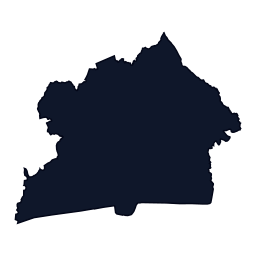 outline of Wa East, Upper West, Ghana
{"feature_id": "2480657B52594370214383", "entity_name": "Wa East", "entity_type": "district", "adm_level": 2, "iso_a3": "GHA", "parent_name": "Ghana", "parent_adm1": "Upper West", "projection": "natural_earth1", "projection_center": [-2.09, 10.084], "detail": "fine", "context": "isolated", "style": "filled", "palette": "ink", "viewbox_px": 256, "rotation_deg": 0, "n_neighbors": 0, "source": "geoboundaries", "source_scale": "gbopen_adm2", "svg_char_len": 5696}
<svg xmlns="http://www.w3.org/2000/svg" viewBox="0 0 256 256"><path d="M221.4,102.1L220.5,101.6L220.1,100.1L220.3,99.2L220.1,97.6L219.8,96.6L219.2,96.1L218.6,94.9L218.6,93.7L219.2,93.2L219.2,92.9L218.4,92.1L217.0,89.1L216.7,89.1L216.8,89.7L216.4,89.8L215.9,88.4L215.2,88.5L214.0,87.3L213.1,87.3L212.5,87.8L211.1,87.0L210.6,85.9L210.1,86.1L208.6,85.0L207.5,83.7L205.4,83.1L204.7,82.3L203.5,80.0L202.9,80.0L202.0,80.5L200.8,79.9L200.2,79.8L199.9,79.3L198.1,77.5L197.1,77.3L196.1,76.7L192.6,73.1L190.6,71.8L189.7,70.5L188.6,69.7L186.8,67.6L184.9,66.5L183.4,66.5L182.2,66.0L181.6,64.3L181.5,63.3L180.9,62.3L180.7,60.9L181.0,59.4L180.9,58.9L178.7,55.2L176.6,51.0L174.0,46.7L171.6,43.9L171.1,43.0L168.0,39.9L166.8,37.6L165.3,36.0L164.0,32.8L163.6,33.1L163.5,34.1L162.9,34.7L161.8,36.5L161.0,38.4L161.1,39.6L160.6,40.7L158.8,42.5L158.6,43.4L158.0,44.3L155.4,45.8L155.0,46.0L154.6,45.7L151.9,46.5L151.1,47.1L150.7,47.9L150.2,48.3L148.3,49.1L145.9,48.1L145.3,47.5L143.9,48.3L142.6,48.3L142.3,49.8L141.6,51.1L141.2,52.8L140.0,53.5L137.8,55.7L137.6,56.4L137.9,57.3L137.8,57.6L136.9,57.8L136.3,58.3L136.3,59.1L136.9,59.5L136.1,60.9L135.8,61.2L134.7,61.3L134.3,60.6L133.5,61.2L133.4,61.8L133.6,63.3L133.3,63.7L133.0,63.3L132.7,63.3L132.5,65.0L130.8,65.0L130.5,64.5L130.4,63.3L130.1,63.0L128.9,63.1L128.2,62.6L127.1,62.7L125.7,61.7L125.3,61.9L125.1,62.7L124.7,62.8L124.0,61.5L123.3,61.0L123.4,59.0L122.8,58.8L121.5,59.0L121.0,59.8L119.9,60.4L119.6,61.0L118.7,61.9L118.3,62.1L117.6,61.8L117.3,61.4L117.6,61.4L117.6,61.1L116.3,60.9L115.2,60.0L114.3,55.9L96.2,63.7L97.8,68.8L97.7,69.1L97.4,69.3L96.2,69.1L95.9,69.6L95.4,69.6L94.5,68.8L94.3,69.0L93.3,69.1L93.0,69.4L91.6,69.1L90.5,69.3L90.3,69.0L89.5,69.0L87.6,74.7L86.5,77.0L85.1,79.5L85.7,79.7L86.1,80.1L86.1,80.9L85.7,81.8L85.4,82.1L84.8,82.2L84.2,81.7L81.8,83.9L79.3,84.2L79.0,85.7L78.2,86.9L78.5,87.6L78.0,88.2L78.1,89.1L77.4,89.8L77.5,90.3L77.3,90.5L76.6,90.5L74.9,89.2L74.7,88.2L74.2,87.4L74.3,86.5L73.3,86.3L72.9,85.6L73.0,85.2L71.4,83.2L71.0,82.3L68.9,81.2L67.6,82.1L66.8,82.0L65.7,82.7L64.8,82.9L61.8,82.2L60.7,83.1L58.8,82.7L58.6,82.9L57.9,82.6L57.5,81.8L56.5,81.3L56.1,81.7L55.5,81.6L55.3,81.9L54.8,81.9L53.4,83.2L50.6,82.7L49.9,84.2L49.4,84.6L48.6,86.7L47.6,87.3L47.5,87.7L47.2,87.8L47.3,88.9L47.2,89.6L46.0,91.6L45.0,92.6L44.4,96.1L43.3,97.2L42.5,97.5L42.0,97.9L41.7,99.3L40.2,100.6L39.4,102.2L38.8,102.8L38.3,104.3L38.4,107.1L37.7,108.3L37.7,109.1L38.8,111.6L39.4,112.5L40.1,114.5L40.1,114.8L39.7,115.1L40.0,118.4L43.0,117.5L45.7,117.1L47.2,117.7L47.7,119.1L48.5,119.2L49.4,118.4L51.3,119.5L51.6,120.8L50.6,121.3L49.9,121.4L47.5,122.8L46.9,122.8L46.6,123.1L48.5,127.2L48.2,128.8L47.6,130.1L47.6,131.6L48.4,131.7L49.3,132.5L50.1,134.0L50.8,134.7L52.3,133.7L53.5,133.8L54.1,134.2L55.3,133.6L56.1,133.6L58.4,134.3L58.9,135.0L59.4,135.2L59.9,136.0L60.7,135.9L60.9,136.2L61.2,136.0L61.7,136.4L62.3,136.1L62.8,136.7L62.7,136.8L62.9,137.1L62.7,137.5L61.8,138.5L61.3,138.6L61.4,139.1L60.5,139.6L59.8,141.1L59.5,141.5L58.3,142.0L57.1,143.5L56.5,145.6L56.7,149.3L57.3,151.6L57.8,152.6L58.5,155.5L57.2,157.3L57.6,158.7L55.2,158.9L52.2,160.0L50.4,162.1L47.9,163.2L44.3,165.7L44.6,166.7L44.6,168.8L44.1,169.7L43.4,170.3L42.3,170.3L40.3,169.5L40.0,169.0L39.9,169.6L39.0,170.7L38.6,171.8L36.7,174.1L35.5,174.9L35.2,175.4L34.1,175.5L33.2,176.3L31.3,177.0L28.8,176.9L28.4,175.4L27.9,175.3L27.0,171.1L26.5,170.1L25.7,168.9L24.4,168.4L24.7,169.5L24.4,172.5L24.9,175.3L26.5,176.3L27.4,177.8L27.3,179.7L26.6,180.3L24.5,180.6L24.2,184.6L23.9,185.3L24.7,185.3L25.2,185.8L26.1,186.9L25.9,189.1L24.6,190.6L23.8,190.5L23.7,195.9L22.5,197.1L21.2,199.7L21.6,200.6L20.6,202.6L17.9,203.3L17.5,203.8L17.2,204.7L17.3,206.4L18.0,208.0L16.8,210.0L17.7,210.9L18.2,211.9L18.4,212.9L17.5,213.9L15.9,214.3L15.4,219.5L17.4,220.3L18.0,221.0L18.1,221.8L17.7,223.2L34.0,217.6L52.1,214.8L80.8,210.9L92.0,209.0L94.0,208.7L94.3,208.9L103.5,207.2L114.2,205.7L114.8,206.4L115.6,212.6L116.8,213.9L122.7,215.1L123.7,214.8L125.1,215.3L127.8,215.5L131.1,214.6L132.1,213.7L132.1,213.2L132.6,213.0L133.8,211.3L135.3,207.6L136.0,205.3L137.4,203.3L138.0,202.9L140.3,202.8L141.5,202.5L166.3,202.9L179.9,203.6L191.5,203.5L202.0,203.9L207.5,203.9L209.8,203.4L210.8,202.4L211.7,197.7L213.2,189.2L213.1,188.5L212.7,187.6L212.6,186.6L213.3,184.6L213.2,183.5L212.8,183.4L212.1,182.2L211.6,182.2L211.3,181.5L211.1,181.5L211.1,181.4L210.7,180.9L210.9,180.1L210.6,180.0L211.3,178.9L211.4,178.2L210.9,176.8L211.3,175.1L211.3,174.1L211.1,173.6L210.4,173.1L209.0,172.4L208.8,170.5L208.4,169.4L208.8,168.6L210.4,168.1L210.7,167.7L210.2,166.5L210.4,164.5L210.2,163.9L209.5,163.5L210.6,162.3L209.3,160.7L209.5,158.7L209.9,157.5L208.5,155.1L208.4,153.9L207.8,152.6L208.0,150.9L208.7,148.6L209.2,148.3L210.8,148.5L212.0,148.1L211.8,146.4L212.0,145.8L213.0,144.8L213.6,145.4L213.7,143.2L214.7,141.8L215.9,141.0L216.3,141.1L218.0,144.0L218.9,144.8L219.5,144.2L220.5,141.9L220.3,139.6L220.5,139.1L221.4,139.1L223.4,139.8L224.8,140.4L225.2,140.9L225.7,141.2L227.2,141.0L228.5,139.9L229.9,137.8L229.9,136.9L227.8,136.2L226.8,135.5L223.4,131.4L223.5,130.7L226.3,130.5L229.2,129.2L230.6,129.4L231.1,130.1L231.4,131.7L232.3,132.2L233.9,132.2L237.3,130.9L238.6,130.0L240.1,129.8L240.3,128.6L240.6,128.5L239.6,126.6L239.8,126.0L239.7,125.7L239.9,125.1L239.8,124.6L240.5,123.2L239.8,122.9L239.6,122.1L238.3,121.4L238.3,120.2L239.0,119.0L237.7,117.3L237.3,115.6L237.7,115.4L236.9,113.8L236.3,113.5L235.1,113.8L234.1,113.3L233.4,113.8L231.8,113.8L230.8,112.0L230.4,112.1L230.0,111.7L229.8,111.0L229.9,110.5L229.1,110.2L229.0,109.1L228.4,108.4L228.3,107.7L228.0,107.4L227.1,107.6L226.7,107.2L225.9,107.1L225.7,106.6L223.5,105.4L223.0,104.8L222.2,104.3L222.4,103.5L221.4,102.1Z" fill="#0f172a" stroke="#020617" stroke-width="1.5"/></svg>